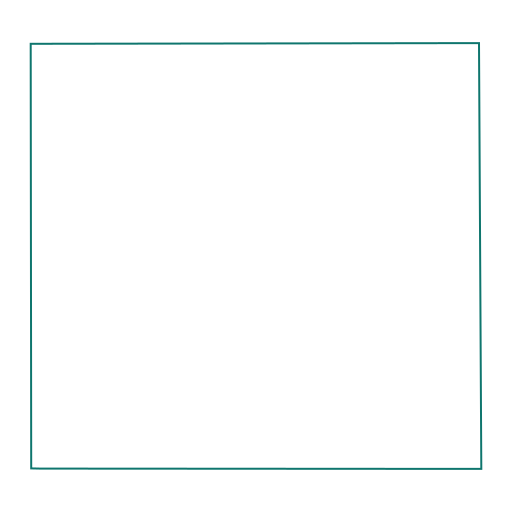 outline of Garfield, Nebraska, United States of America
{"feature_id": "52423323B80669702890188", "entity_name": "Garfield", "entity_type": "district", "adm_level": 2, "iso_a3": "USA", "parent_name": "United States of America", "parent_adm1": "Nebraska", "projection": "natural_earth1", "projection_center": [-98.989, 41.914], "detail": "fine", "context": "isolated", "style": "outline", "palette": "teal", "viewbox_px": 512, "rotation_deg": 0, "n_neighbors": 0, "source": "geoboundaries", "source_scale": "gbopen_adm2", "svg_char_len": 194}
<svg xmlns="http://www.w3.org/2000/svg" viewBox="0 0 512 512"><path d="M481.3,468.9L479.0,43.1L30.7,43.8L31.2,468.4L40.8,468.6L481.3,468.9Z" fill="none" stroke="#0f766e" stroke-width="2"/></svg>